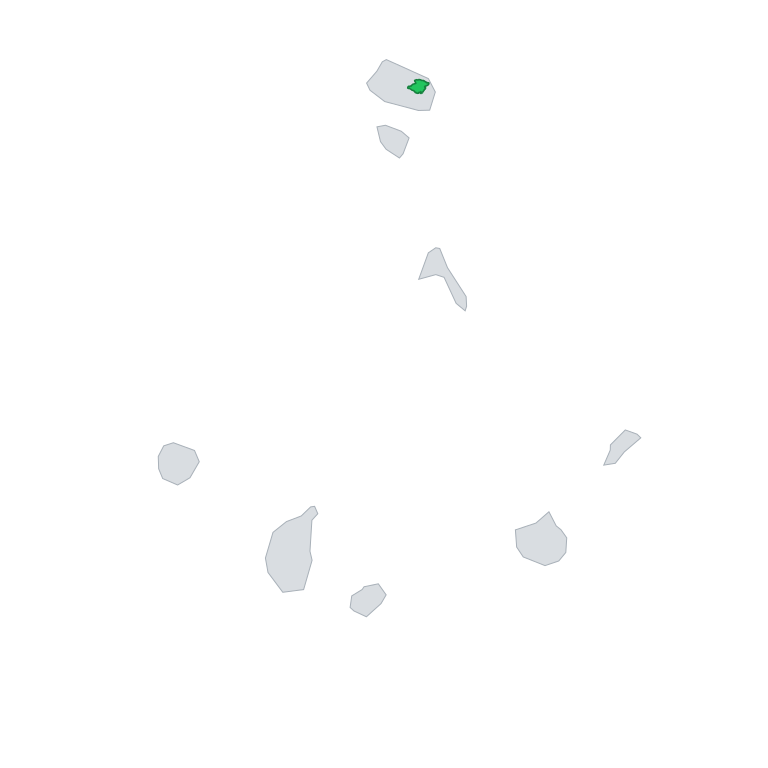 Santo Crucifixo, Ribeira Grande, Cabo Verde shown in context, rotated 50°
{"feature_id": "66160863B26577257957631", "entity_name": "Santo Crucifixo", "entity_type": "district", "adm_level": 2, "iso_a3": "CPV", "parent_name": "Cabo Verde", "parent_adm1": "Ribeira Grande", "projection": "mercator", "projection_center": [-25.106, 17.131], "detail": "fine", "context": "in_parent", "style": "filled", "palette": "green", "viewbox_px": 768, "rotation_deg": 50, "n_neighbors": 0, "source": "geoboundaries", "source_scale": "gbopen_adm2", "svg_char_len": 4343}
<svg xmlns="http://www.w3.org/2000/svg" viewBox="0 0 768 768"><g transform="rotate(50 384 384)"><path d="M489.8,577.7L478.5,595.4L453.8,594.0L441.1,586.7L426.3,564.4L426.7,547.2L431.9,532.2L431.0,519.2L433.1,515.8L440.8,518.1L442.0,526.8L464.5,548.2L472.8,552.4L489.8,577.7ZM168.1,201.9L150.0,205.9L142.3,203.9L139.8,188.4L136.1,178.2L137.0,173.7L178.6,153.7L193.3,157.0L203.6,173.0L196.6,181.8L168.1,201.9ZM587.9,339.8L603.4,343.3L609.4,342.1L619.3,342.9L629.9,353.0L631.9,363.9L626.6,377.4L606.0,388.5L594.2,387.2L580.2,377.1L588.2,357.0L587.9,339.8ZM328.7,607.0L314.2,614.3L304.1,611.1L294.4,603.5L289.8,592.5L293.6,583.1L313.1,571.9L324.8,575.5L331.1,592.9L328.7,607.0ZM369.8,264.9L377.5,270.7L380.1,274.8L368.6,276.9L340.9,269.4L333.5,274.0L326.1,290.1L312.0,265.7L312.9,256.8L316.0,254.2L335.7,260.6L369.8,264.9ZM538.6,552.9L533.4,553.6L525.6,544.9L527.4,532.8L526.5,529.6L533.4,516.8L546.9,517.9L550.3,527.4L551.0,547.1L538.6,552.9ZM220.8,226.9L205.6,231.5L196.1,230.9L182.5,224.1L186.7,216.6L201.5,208.3L211.6,206.6L219.9,221.4L220.8,226.9ZM593.4,257.8L587.4,267.8L580.1,253.2L576.2,249.7L574.3,228.7L585.1,222.4L590.3,221.9L590.5,243.6L593.4,257.8Z" fill="#d9dde1" stroke="#a8b0b8" stroke-width="1"/><path d="M174.7,160.3L174.6,160.5L174.4,160.6L174.1,160.7L174.0,160.8L173.9,161.1L173.6,161.2L173.6,161.3L173.4,161.4L173.2,161.5L173.2,162.0L173.1,162.3L172.9,162.5L172.7,162.9L172.6,163.0L172.4,163.1L172.2,163.1L172.1,163.3L171.8,163.5L171.6,163.7L171.6,163.8L171.6,164.1L171.6,164.3L171.4,164.6L171.3,164.8L171.3,165.1L171.2,165.3L171.3,165.4L171.3,165.5L171.6,165.6L171.8,165.8L172.0,165.8L172.5,165.8L172.7,165.7L173.1,165.9L173.2,166.0L173.3,166.1L173.6,166.2L173.8,166.2L173.8,166.3L174.0,166.3L174.0,166.5L173.9,166.6L173.9,166.8L174.0,166.9L174.0,167.0L173.9,167.1L173.7,167.3L173.6,167.6L173.6,167.9L173.5,168.1L173.4,168.2L173.3,168.3L173.2,168.6L173.1,168.8L173.1,169.0L173.1,169.3L173.0,169.5L172.9,169.5L172.9,169.9L172.9,170.4L173.0,170.5L172.9,171.0L173.1,171.4L173.2,171.5L172.9,171.9L172.8,172.0L172.8,172.3L172.7,172.4L172.8,172.8L172.7,173.1L172.5,173.3L172.1,173.3L171.9,173.5L171.7,173.9L171.7,174.1L171.7,174.3L171.8,174.6L172.0,174.9L172.0,175.0L172.2,175.3L172.5,175.6L172.8,175.6L173.0,175.5L173.3,175.4L173.7,174.8L173.8,174.6L175.0,174.2L175.6,173.9L177.0,173.7L177.7,173.0L177.8,173.0L178.1,173.0L178.3,172.8L178.6,172.7L178.8,172.6L179.0,172.5L179.3,172.6L179.5,172.7L179.8,172.7L180.0,172.6L180.3,172.7L180.5,172.6L180.8,172.3L181.0,172.1L181.3,172.0L181.2,172.1L181.3,172.3L181.4,172.2L181.6,172.3L181.8,172.3L181.9,172.2L182.0,172.0L182.1,171.9L182.3,171.9L182.6,171.7L182.8,171.5L183.0,171.4L183.1,171.2L183.3,170.9L183.4,170.7L183.2,170.5L183.2,170.4L183.0,170.2L183.1,169.9L183.1,169.7L183.3,169.6L183.4,169.4L183.5,169.5L183.6,169.4L183.6,169.1L183.6,168.9L183.8,169.1L184.0,169.1L184.4,168.9L184.5,168.9L184.7,169.2L185.0,169.1L185.2,168.9L185.1,168.7L185.1,168.4L185.3,168.1L185.2,168.1L185.2,167.9L185.0,167.7L184.9,167.7L184.7,167.6L184.8,167.5L184.9,167.4L184.9,167.2L185.0,167.1L185.1,166.9L185.2,166.7L185.3,166.3L185.2,166.2L185.1,165.7L184.9,165.4L184.9,165.2L184.8,164.8L184.8,164.7L184.8,164.4L184.6,164.2L184.4,164.1L184.4,163.9L184.4,163.6L184.4,163.2L184.5,163.1L184.4,163.0L184.3,162.9L184.2,162.9L184.1,162.6L184.0,162.4L184.1,162.2L184.1,161.9L183.9,161.8L183.7,161.7L183.4,161.6L183.2,161.6L183.0,161.8L182.8,161.9L182.7,162.0L182.4,161.8L182.4,161.7L182.5,161.3L182.4,161.1L182.5,161.1L182.5,160.9L182.4,160.8L182.5,160.7L182.6,160.4L182.7,160.2L182.9,159.9L183.0,159.7L182.9,159.5L182.9,159.3L183.0,159.2L183.1,158.9L183.2,158.7L183.2,158.4L183.2,158.2L183.3,158.0L183.2,157.8L183.1,157.7L183.1,157.3L183.0,157.2L183.0,156.9L182.9,156.8L182.8,156.7L182.6,156.6L182.5,156.4L182.4,156.3L182.4,156.2L182.2,156.1L181.9,156.2L181.9,156.5L181.7,156.6L181.7,156.8L181.4,156.8L181.2,156.9L181.1,157.0L180.8,157.3L180.7,157.3L180.7,157.6L180.4,157.6L180.2,157.6L179.9,157.7L179.6,157.7L179.6,157.8L179.4,157.8L179.2,157.9L179.2,158.0L178.6,158.1L178.5,158.3L178.4,158.3L178.1,158.2L177.9,158.2L177.8,158.3L177.7,158.5L177.3,158.5L177.2,158.6L176.9,158.7L176.9,158.8L176.7,158.8L176.5,159.0L176.4,159.1L176.3,159.3L176.2,159.5L175.9,159.8L175.7,159.9L175.7,160.0L175.5,160.3L175.3,160.3L175.2,160.3L174.8,160.3L174.7,160.3Z" fill="#22c55e" stroke="#15803d" stroke-width="1.5"/></g></svg>